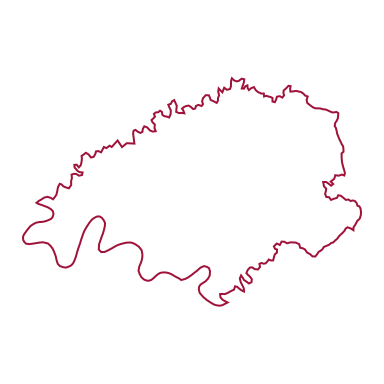 outline of Concórdia, Santa Catarina, Brazil
{"feature_id": "56859067B26728164460240", "entity_name": "Concórdia", "entity_type": "district", "adm_level": 2, "iso_a3": "BRA", "parent_name": "Brazil", "parent_adm1": "Santa Catarina", "projection": "natural_earth1", "projection_center": [-52.02, -27.242], "detail": "fine", "context": "isolated", "style": "outline", "palette": "rose", "viewbox_px": 384, "rotation_deg": 0, "n_neighbors": 0, "source": "geoboundaries", "source_scale": "gbopen_adm2", "svg_char_len": 5625}
<svg xmlns="http://www.w3.org/2000/svg" viewBox="0 0 384 384"><path d="M257.9,269.5L260.0,267.0L259.4,263.9L261.4,263.0L263.7,263.7L265.7,263.3L267.5,261.3L268.8,259.5L271.0,260.5L273.2,260.4L273.9,257.3L274.8,254.4L276.9,252.6L277.0,249.5L275.0,248.8L273.9,246.4L276.8,243.5L279.8,245.0L281.6,241.6L284.2,241.7L287.1,243.3L290.3,242.4L292.5,242.4L295.8,242.6L299.1,244.1L300.2,247.8L302.9,248.3L305.0,249.5L307.1,252.6L309.9,254.0L312.5,256.4L315.3,256.5L317.0,254.4L318.6,251.9L320.7,250.7L322.3,249.4L323.8,247.0L326.1,246.0L329.0,244.8L331.2,243.0L333.3,242.4L335.1,240.5L337.0,239.0L339.3,235.9L341.2,234.1L343.0,232.5L344.6,230.6L345.7,228.5L347.6,227.3L350.8,228.5L353.4,230.2L353.5,227.3L355.3,224.7L357.3,220.9L359.7,218.7L360.8,215.2L361.0,211.8L360.5,208.5L359.4,206.4L357.5,205.8L356.6,203.0L354.7,200.9L352.7,200.5L350.6,201.0L348.5,199.5L345.9,199.9L343.5,197.9L340.7,195.7L338.2,195.3L337.0,197.8L333.8,198.8L331.0,199.9L329.1,197.2L326.3,197.0L325.1,193.8L325.9,191.1L326.2,188.6L324.0,186.4L323.2,182.0L326.2,182.0L328.6,183.7L331.1,185.7L333.2,184.0L330.7,181.6L332.4,180.2L334.3,178.7L335.3,175.2L338.6,175.7L341.8,174.6L344.3,175.5L344.9,173.0L344.0,169.6L342.9,166.0L342.0,162.0L341.6,157.2L341.6,153.4L343.5,151.8L343.4,148.7L343.1,146.2L341.8,144.4L340.9,142.2L339.4,139.3L338.2,136.3L337.2,133.8L336.6,130.7L335.9,128.0L334.7,126.0L335.2,123.0L336.6,120.9L337.8,118.4L338.1,115.9L338.3,113.1L336.3,111.9L334.4,112.4L332.3,112.4L330.3,111.6L328.0,110.5L325.4,109.4L323.2,109.3L320.5,108.5L317.5,108.3L315.4,108.3L312.9,107.3L309.7,104.9L307.3,103.0L306.6,100.0L307.7,96.5L305.0,95.5L303.5,93.7L301.0,92.0L298.1,91.4L296.0,90.9L293.9,91.3L290.4,91.6L290.1,88.9L290.6,86.1L288.5,85.8L286.4,88.1L283.7,90.5L283.4,93.0L284.1,95.3L282.3,97.6L279.8,96.2L276.9,96.7L276.1,99.6L274.8,102.2L272.5,101.5L272.5,98.0L270.6,97.0L268.4,96.5L266.3,95.8L264.1,96.5L263.8,93.5L261.1,93.5L257.9,92.0L255.9,90.3L253.9,87.1L251.3,88.1L248.9,90.1L247.6,88.0L247.4,85.4L245.4,86.2L243.9,88.7L241.8,88.5L242.8,85.6L243.9,82.3L244.3,79.3L241.6,78.7L238.9,80.8L236.8,81.4L234.2,80.5L231.9,78.3L231.1,80.7L231.0,83.4L230.9,86.5L230.0,89.0L226.9,89.8L224.2,87.7L222.4,92.3L220.5,90.5L218.7,88.5L218.2,91.7L219.1,95.2L218.0,98.0L217.9,100.8L216.7,102.9L213.7,101.3L210.6,99.9L209.9,97.6L208.9,95.3L205.7,95.2L203.0,98.2L202.1,101.3L203.0,104.2L201.6,106.0L198.5,104.9L196.0,105.9L195.2,108.5L193.2,109.1L190.8,106.9L188.7,105.6L186.3,106.0L183.8,107.1L182.0,108.7L183.3,110.4L184.3,113.3L181.7,112.9L179.0,113.1L176.2,111.9L176.4,109.1L176.8,105.9L175.5,103.0L174.2,100.1L172.1,101.3L170.9,103.8L168.3,104.7L169.3,107.3L170.8,110.3L170.6,114.3L169.1,117.5L166.6,116.5L164.5,116.3L162.4,114.9L161.9,111.9L160.0,110.7L158.3,112.2L155.6,112.5L153.9,114.0L155.0,116.7L153.2,118.5L151.5,120.1L152.6,122.4L154.8,124.4L154.5,128.2L155.7,131.2L152.8,131.6L150.0,130.5L147.2,127.4L144.3,126.3L142.8,129.0L142.4,131.9L140.3,132.9L137.9,131.8L135.5,129.9L133.6,130.7L133.1,133.5L134.4,143.6L126.8,143.2L122.0,147.1L117.6,140.5L111.7,147.0L109.6,145.7L106.3,148.1L103.9,147.0L101.1,152.3L98.2,151.1L96.0,151.4L95.3,154.1L93.6,156.9L90.9,157.5L88.7,154.5L85.9,152.8L83.7,154.5L81.6,155.9L81.9,158.5L81.5,162.3L80.7,165.3L78.8,167.4L76.7,164.7L74.4,164.9L74.6,167.5L76.2,169.3L77.6,171.0L79.6,172.1L82.6,172.5L82.0,175.0L78.9,175.7L76.4,174.0L73.8,173.8L71.6,174.6L71.9,178.1L71.1,181.2L71.2,185.0L68.9,188.3L65.8,187.4L63.4,186.4L61.8,184.6L59.8,183.8L58.0,187.0L57.2,191.4L56.4,194.7L55.0,196.8L53.0,199.3L50.6,197.8L47.4,196.8L44.0,197.7L41.2,199.6L38.7,201.0L36.5,202.8L38.4,203.9L41.5,204.9L44.9,206.2L47.8,207.3L51.0,209.2L52.9,211.3L53.5,214.0L52.8,216.6L51.5,218.5L48.8,220.0L45.2,221.3L42.8,221.8L39.0,222.1L35.7,222.8L33.2,224.2L30.5,226.0L28.8,228.0L27.1,230.1L25.2,232.8L23.8,234.8L23.0,236.9L23.2,239.9L24.3,242.0L26.1,243.7L29.3,244.1L33.9,243.5L37.4,242.9L40.0,242.5L42.9,242.3L45.8,242.9L48.0,243.5L50.7,246.0L52.6,248.6L54.1,251.8L55.8,256.5L56.7,260.7L57.8,263.9L59.8,266.0L63.1,267.2L66.0,267.6L68.4,266.8L71.2,265.4L73.1,263.3L74.5,260.4L76.0,256.4L76.9,252.8L78.0,249.3L79.0,246.3L80.2,243.0L80.9,240.4L81.8,237.8L83.0,234.2L84.3,231.0L85.9,228.1L89.2,223.0L91.2,220.4L93.1,218.6L96.6,216.6L99.5,216.4L101.7,217.7L103.6,220.0L105.0,222.9L104.9,225.7L104.2,229.0L103.0,233.3L101.8,236.4L100.3,240.7L99.0,244.6L98.8,249.5L101.1,252.0L104.5,252.0L107.8,250.5L110.4,249.1L112.6,247.9L114.9,246.5L117.9,245.0L120.9,244.0L123.5,243.3L126.9,242.6L130.2,242.5L132.7,243.0L135.4,244.3L138.9,246.7L141.6,250.2L142.4,254.3L142.3,257.4L141.8,260.0L140.8,263.0L139.3,266.5L138.5,270.7L139.6,273.9L141.3,277.1L143.8,279.4L146.1,280.4L148.3,280.8L151.0,280.1L153.3,278.4L155.0,276.7L157.7,274.4L160.2,272.9L163.3,272.4L166.0,272.5L167.9,272.9L170.1,273.6L172.0,274.5L174.2,275.9L176.9,277.4L179.0,278.4L181.2,280.0L185.0,279.0L188.0,277.5L191.2,275.3L193.6,273.4L195.2,272.1L197.0,270.8L199.0,268.9L200.8,267.5L203.9,266.1L206.8,266.8L209.0,268.1L210.0,271.4L209.7,275.6L208.0,278.7L205.4,281.4L202.6,283.2L200.5,284.6L199.2,286.5L198.8,289.5L199.7,292.9L201.6,295.1L203.2,297.0L204.9,298.4L206.5,299.8L208.6,301.2L211.4,303.0L213.7,304.4L216.5,305.3L219.6,305.7L222.4,305.2L224.6,304.0L227.6,302.5L222.9,300.0L220.5,297.5L220.1,294.1L222.7,293.9L224.9,294.1L227.1,293.2L230.2,291.5L234.0,289.6L235.1,286.3L237.3,286.9L238.9,288.4L241.8,290.5L244.0,291.5L243.8,288.3L242.3,285.2L240.7,282.1L239.8,278.4L241.1,275.4L242.8,277.9L244.0,280.0L246.7,281.8L248.9,283.5L251.5,282.2L251.8,279.1L249.9,276.6L248.0,274.9L246.4,273.2L247.7,270.0L250.0,267.5L252.3,267.4L254.7,269.1L257.9,269.5Z" fill="none" stroke="#9f1239" stroke-width="2"/></svg>